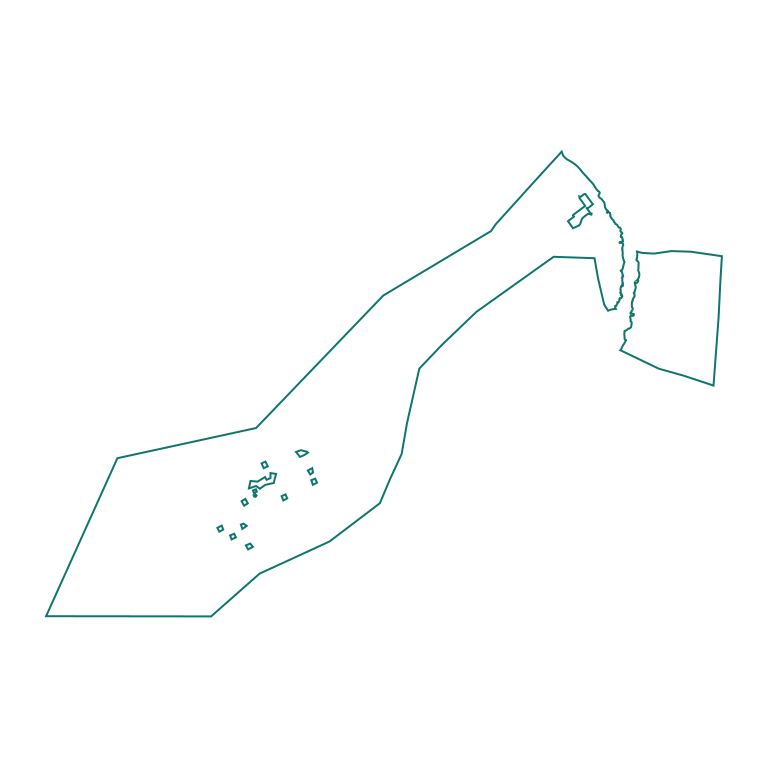 Zemam Out, Al Jizah, Egypt
{"feature_id": "37247803B81980397210132", "entity_name": "Zemam Out", "entity_type": "district", "adm_level": 2, "iso_a3": "EGY", "parent_name": "Egypt", "parent_adm1": "Al Jizah", "projection": "robinson", "projection_center": [30.957, 29.003], "detail": "fine", "context": "isolated", "style": "outline", "palette": "teal", "viewbox_px": 768, "rotation_deg": 0, "n_neighbors": 0, "source": "geoboundaries", "source_scale": "gbopen_adm2", "svg_char_len": 6069}
<svg xmlns="http://www.w3.org/2000/svg" viewBox="0 0 768 768"><path d="M607.7,210.6L606.3,209.7L605.0,207.2L604.8,205.6L604.4,202.7L603.7,201.7L602.9,200.8L601.5,198.9L601.0,198.6L600.4,198.3L599.7,197.7L598.7,196.5L598.5,195.4L598.8,194.8L599.2,194.3L599.6,193.4L599.7,192.7L599.5,192.1L598.8,191.4L597.9,191.0L597.5,190.3L596.6,189.4L596.4,189.1L595.8,188.2L593.5,184.6L592.6,183.4L590.9,181.5L588.1,178.6L585.9,175.9L584.9,175.1L583.9,173.8L583.0,173.0L580.4,169.6L577.6,166.6L575.1,164.4L571.7,162.0L567.5,159.6L566.3,158.8L565.1,157.8L563.3,155.8L563.0,155.1L561.7,151.6L545.1,169.8L530.8,185.5L495.6,224.4L491.0,231.1L383.3,295.5L256.1,428.0L117.4,458.2L46.1,616.2L211.1,616.4L259.6,573.6L329.5,541.5L379.9,503.2L389.8,479.6L401.7,453.8L407.0,423.2L419.3,368.6L442.2,344.6L476.5,311.8L553.6,256.8L594.5,258.2L598.1,278.7L604.2,304.6L608.1,310.7L610.1,309.9L613.1,309.1L615.8,308.9L615.4,308.3L615.1,308.2L615.1,307.8L615.5,306.6L615.2,306.1L616.3,305.7L616.7,304.6L617.2,303.9L617.3,303.4L617.4,302.4L618.0,302.7L617.9,302.9L618.6,302.1L619.1,300.8L619.7,299.8L619.4,299.3L619.8,298.1L620.2,298.1L621.3,298.1L621.6,297.5L622.1,296.9L622.3,296.3L622.1,295.4L621.9,295.2L621.6,295.2L621.2,295.4L621.0,295.2L621.1,294.6L621.4,294.0L621.3,293.4L620.5,293.2L620.3,292.4L620.7,291.3L620.8,290.5L620.4,289.5L620.4,289.1L620.7,287.9L621.2,287.1L621.3,286.8L621.1,286.4L621.4,286.0L622.2,286.3L622.5,286.2L622.8,285.8L622.9,285.5L623.0,284.8L622.6,284.5L622.3,284.4L622.2,284.2L622.3,284.0L622.7,283.9L623.0,283.2L622.5,282.2L622.3,281.0L622.3,278.2L622.6,277.2L622.4,277.2L622.8,276.7L622.5,275.9L622.5,275.4L622.7,274.9L622.4,273.8L622.5,273.9L622.1,272.5L621.7,271.3L621.0,271.2L620.7,270.8L621.1,270.3L621.8,270.3L622.4,269.4L622.8,268.2L623.4,265.6L624.5,262.0L624.1,261.6L623.7,260.0L623.3,259.0L623.7,258.9L623.3,258.9L623.1,258.6L622.5,255.0L622.8,253.7L622.7,253.2L622.6,251.9L622.5,251.3L622.6,250.5L622.4,249.9L622.4,249.1L622.2,249.1L622.2,248.9L622.2,248.1L622.4,247.6L622.8,245.7L623.2,245.1L623.1,244.4L623.2,244.2L622.5,243.0L621.0,242.8L620.6,242.9L620.0,242.9L619.6,242.8L619.5,242.6L619.6,242.3L620.0,242.0L622.7,241.5L623.0,241.3L623.0,241.0L622.8,240.7L622.7,240.2L622.8,239.7L622.8,239.3L622.3,238.8L622.2,238.4L622.3,238.1L622.3,237.6L622.1,237.2L621.0,237.1L620.8,236.8L620.7,236.4L621.0,235.7L621.2,234.4L622.1,233.8L622.3,233.1L621.8,232.5L621.0,231.9L620.6,231.4L620.4,230.4L620.9,229.5L620.6,228.6L620.0,227.6L619.7,227.5L619.1,227.6L618.7,227.4L617.9,226.3L617.5,225.3L617.1,224.8L616.2,224.4L615.8,223.9L615.3,223.8L615.0,223.1L614.2,221.8L613.8,221.7L613.8,221.3L613.6,220.6L613.4,220.3L611.6,218.6L611.6,218.2L611.2,217.7L610.3,216.4L610.2,215.8L610.5,215.2L610.4,214.5L610.1,213.9L609.9,213.4L610.0,212.9L609.0,212.3L608.8,212.4L608.2,211.9L607.3,212.8L607.0,212.5L607.6,211.9L607.2,211.5L607.4,211.1L607.9,210.9L607.7,210.6ZM582.5,218.1L581.9,219.1L580.1,224.1L579.8,224.6L579.2,225.0L579.1,225.3L575.2,227.3L573.0,228.2L568.0,221.2L573.1,217.3L573.9,216.8L574.0,216.7L573.0,215.4L573.1,215.0L585.2,205.9L579.4,197.9L579.3,197.7L579.5,196.8L579.4,196.5L580.3,196.7L581.0,196.6L583.9,194.3L584.8,194.0L585.3,194.0L592.2,203.4L592.8,204.2L592.9,204.3L588.3,207.9L588.0,208.0L587.1,207.9L586.7,208.1L590.3,213.0L590.2,213.5L590.7,213.7L591.2,213.4L591.6,213.5L591.3,214.6L588.7,213.8L587.9,213.9L584.9,216.1L582.5,218.1ZM274.5,479.7L273.8,483.0L265.2,484.9L259.9,488.7L256.1,486.0L248.9,488.4L250.5,481.0L257.6,481.6L265.1,477.0L266.6,479.8L270.5,478.1L270.5,473.1L276.1,473.9L274.5,479.7ZM304.0,455.2L300.0,456.9L296.0,452.0L300.8,450.2L307.2,451.8L308.0,452.6L304.0,455.2ZM267.8,466.3L263.7,468.2L261.6,463.4L265.4,461.6L267.8,466.3ZM247.8,503.4L244.1,505.7L241.6,501.2L245.3,498.9L247.8,503.4ZM252.9,546.8L248.1,549.4L245.9,545.4L250.2,543.6L252.9,546.8ZM317.0,482.7L312.9,484.8L311.3,480.2L315.2,478.7L317.0,482.7ZM223.2,529.6L219.3,531.7L217.4,527.9L221.7,525.6L223.2,529.6ZM287.2,498.4L283.3,500.5L281.6,496.2L285.5,494.4L287.2,498.4ZM235.9,537.4L231.6,539.4L230.1,535.4L234.2,533.8L235.9,537.4ZM313.0,472.5L310.3,474.5L307.8,470.5L312.2,468.2L313.0,472.5ZM246.7,525.9L242.4,528.9L240.9,524.6L243.4,523.6L246.7,525.9ZM256.8,491.7L253.9,492.9L253.0,490.5L255.9,489.3L256.8,491.7ZM256.6,495.5L255.6,496.8L254.2,496.5L253.6,495.3L255.5,494.3L256.6,495.5ZM721.9,256.2L690.8,251.7L671.4,251.1L654.1,253.6L642.1,252.9L636.9,251.5L636.9,251.8L637.2,252.5L637.3,253.1L637.3,254.8L637.2,256.8L636.9,258.7L636.6,259.1L636.6,259.3L636.4,259.5L636.4,259.9L637.1,260.8L637.4,260.9L637.7,261.3L638.1,261.6L638.7,263.1L638.6,264.2L638.5,264.3L638.5,267.3L638.4,267.8L638.5,268.4L638.2,269.8L638.2,270.4L638.3,270.7L639.0,272.4L639.2,272.9L639.3,274.2L639.3,275.5L638.9,277.2L638.5,278.3L637.9,279.0L637.9,279.3L637.1,280.3L638.2,280.6L638.1,281.3L637.5,282.2L636.5,283.1L635.0,282.7L634.9,282.3L634.7,282.6L635.3,285.5L635.5,285.9L635.8,287.2L635.6,288.3L634.8,290.9L634.5,292.1L633.8,292.9L634.0,293.5L634.6,294.0L634.4,295.2L634.7,295.9L634.7,296.1L634.1,297.3L633.8,297.4L632.7,299.3L633.0,299.8L632.4,301.1L632.3,301.8L632.0,301.8L631.9,302.5L631.9,303.2L631.8,304.0L631.9,305.5L631.8,306.6L632.5,307.8L632.8,308.4L632.5,309.4L632.2,310.4L631.7,311.1L631.5,311.4L630.8,312.5L630.4,313.1L630.5,313.4L630.6,313.6L631.1,313.3L631.1,313.2L631.4,313.3L631.9,313.7L632.1,313.7L633.3,313.8L633.8,314.1L633.9,314.7L633.8,315.2L633.5,315.6L632.7,315.8L631.8,315.8L631.0,315.8L630.5,316.2L630.3,316.8L630.1,316.8L630.1,317.0L630.1,317.4L630.5,318.4L630.5,319.0L630.7,319.4L630.7,320.3L630.5,320.9L630.5,321.2L630.7,321.4L631.3,321.8L631.7,322.4L631.7,322.8L631.6,323.6L631.4,325.5L631.0,327.1L630.6,327.7L629.6,328.4L629.0,328.7L628.3,328.6L627.8,329.1L627.2,329.7L626.1,330.4L625.6,330.6L625.0,330.7L624.5,331.0L624.6,331.4L624.5,332.5L624.3,333.3L624.3,334.2L624.7,339.3L624.9,339.6L625.3,339.8L625.9,340.0L626.0,340.4L625.5,341.1L625.1,342.0L624.6,342.8L623.8,344.2L623.1,345.1L621.8,347.6L621.6,348.4L621.0,349.6L620.3,350.2L658.8,368.7L683.7,375.7L713.5,385.6L718.6,317.3L720.5,278.8L721.9,256.2Z" fill="none" stroke="#0f766e" stroke-width="2"/></svg>